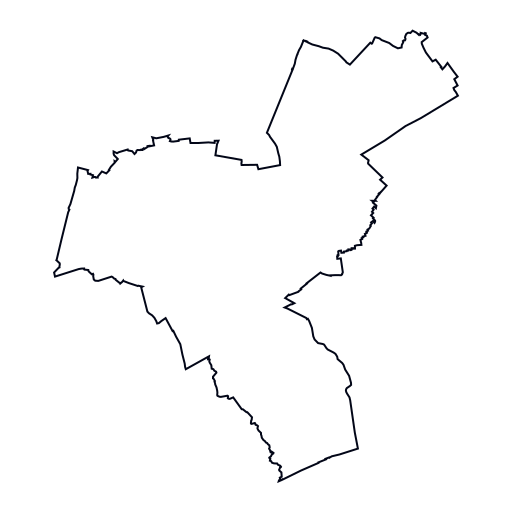 the district of Groningen, Groningen, Netherlands
{"feature_id": "6326949B19731519413910", "entity_name": "Groningen", "entity_type": "district", "adm_level": 2, "iso_a3": "NLD", "parent_name": "Netherlands", "parent_adm1": "Groningen", "projection": "albers", "projection_center": [6.605, 53.21], "detail": "fine", "context": "isolated", "style": "outline", "palette": "ink", "viewbox_px": 512, "rotation_deg": 0, "n_neighbors": 0, "source": "geoboundaries", "source_scale": "gbopen_adm2", "svg_char_len": 5990}
<svg xmlns="http://www.w3.org/2000/svg" viewBox="0 0 512 512"><path d="M120.2,283.6L122.1,282.0L123.2,280.6L123.3,280.9L128.9,283.1L137.8,286.0L138.3,285.7L142.5,286.6L141.2,287.4L147.4,311.6L149.0,313.3L152.1,315.3L154.4,317.8L156.3,321.2L157.1,323.5L158.9,323.1L161.4,321.0L165.6,318.1L172.6,331.1L173.3,330.8L176.1,336.7L180.3,344.2L182.4,354.5L184.7,363.6L185.1,366.9L185.8,369.2L209.0,356.3L208.8,357.7L208.1,358.7L208.0,359.3L209.4,359.3L209.7,359.5L209.3,361.4L209.7,362.6L211.3,365.2L211.7,368.7L213.4,369.2L214.3,370.7L216.1,371.7L216.3,372.3L216.4,372.7L215.7,373.5L213.0,376.7L213.0,378.2L213.3,378.2L214.9,381.1L214.5,381.6L215.1,383.4L215.2,384.4L216.5,387.4L217.2,390.7L217.4,392.6L217.2,395.1L217.5,395.8L219.4,396.7L220.8,396.9L227.5,395.7L228.1,396.2L227.8,398.2L228.5,398.7L229.7,398.9L233.2,397.4L241.7,409.2L242.9,409.3L246.5,412.2L247.3,412.2L252.0,417.3L251.7,419.3L251.7,419.8L251.2,420.5L251.1,421.3L250.9,423.1L251.0,423.6L251.6,423.9L254.8,423.0L255.3,423.5L255.4,424.4L255.6,424.8L257.1,425.3L258.0,426.1L257.5,427.9L257.5,428.6L258.5,430.5L261.0,432.9L261.0,434.6L261.5,435.8L261.8,437.7L263.4,440.0L264.9,441.1L265.9,442.5L267.2,443.1L267.8,444.1L269.3,445.3L269.7,447.3L269.1,448.7L269.9,449.9L270.6,452.3L271.1,452.4L271.6,451.6L273.5,452.9L273.3,453.5L271.9,454.4L270.9,456.4L269.3,457.6L269.5,458.3L270.3,458.8L269.9,460.7L271.2,461.2L271.9,462.6L272.2,462.8L274.1,463.4L277.2,463.5L277.9,464.7L280.2,465.7L281.0,466.8L280.8,467.2L280.0,467.4L279.8,468.3L279.1,469.8L279.3,470.5L281.4,472.4L281.7,476.7L279.8,477.7L280.2,479.5L279.8,480.2L279.0,480.3L278.7,481.3L282.0,479.9L282.4,479.2L283.0,479.4L301.1,470.5L318.5,462.9L318.4,462.4L325.9,459.4L325.5,458.8L329.2,457.4L329.4,457.7L331.8,456.3L339.4,454.5L357.9,448.6L354.8,432.5L350.2,400.4L349.5,397.4L347.0,393.5L346.2,391.9L345.9,390.5L346.1,389.3L346.8,388.1L349.9,386.0L351.1,384.9L351.0,382.8L349.1,375.8L345.2,369.6L343.5,364.8L342.2,363.0L337.6,359.1L337.2,356.7L335.5,353.9L333.7,352.6L327.7,349.5L326.4,348.1L324.1,344.6L322.8,344.0L318.1,343.1L314.6,339.5L313.3,336.4L311.9,327.9L309.2,321.1L307.9,318.8L306.9,319.2L306.3,318.0L287.6,308.6L284.7,307.5L291.0,304.3L291.8,304.4L294.3,303.2L285.2,298.1L288.8,294.6L289.4,295.1L298.4,291.8L298.6,291.3L301.2,289.4L300.7,288.6L306.9,283.6L306.6,283.3L320.5,272.5L322.0,273.5L326.4,274.9L329.2,275.5L329.1,275.4L335.8,275.1L341.1,275.2L342.1,274.4L342.1,273.7L342.7,272.8L342.8,272.2L340.8,258.4L337.3,258.8L337.1,256.4L337.8,256.2L337.7,255.1L338.5,255.0L338.2,251.4L338.9,250.9L341.0,250.6L341.4,252.8L343.9,252.6L343.9,251.6L346.7,251.2L346.8,250.5L348.2,250.5L348.3,249.4L350.5,249.5L350.5,250.1L350.9,250.1L351.6,249.8L351.6,248.2L353.2,248.2L353.2,248.7L355.0,248.6L354.9,245.8L357.1,245.2L361.4,244.9L361.2,243.0L360.4,239.9L362.1,239.1L361.7,238.1L363.2,237.4L362.8,236.6L365.5,235.8L364.9,233.9L366.4,233.2L366.3,232.9L366.9,232.6L366.4,231.5L368.0,230.7L367.5,229.6L369.2,228.6L370.8,226.0L370.3,225.2L371.9,223.4L371.1,222.4L372.8,221.1L374.5,222.9L375.1,221.7L375.1,220.6L373.0,218.4L373.6,217.8L371.0,215.3L373.2,213.0L372.0,211.8L373.6,209.7L372.5,208.6L374.1,206.6L375.9,208.2L376.4,205.6L373.0,202.7L373.6,202.0L372.1,200.8L375.7,200.8L375.2,200.3L375.1,199.7L377.2,196.9L377.0,196.7L379.3,194.1L378.7,193.7L379.2,193.1L379.6,193.4L380.6,192.2L380.7,192.3L386.6,185.6L380.1,179.7L382.5,177.5L368.2,163.7L368.0,163.0L368.6,160.5L368.6,160.2L361.3,154.6L384.8,140.5L405.6,126.0L420.7,118.2L457.9,95.7L455.8,92.0L454.3,90.1L453.5,88.0L457.6,85.5L454.3,79.2L457.6,76.7L453.9,71.9L447.5,63.0L444.9,66.6L442.4,69.3L440.8,67.2L441.3,66.8L435.7,59.7L432.5,61.4L425.9,52.5L423.4,47.5L421.8,43.7L421.7,42.1L427.6,37.5L426.9,35.7L425.2,34.9L425.8,33.3L425.0,33.0L424.6,33.9L420.8,32.9L420.9,33.5L420.2,34.8L419.2,34.3L418.9,34.9L416.5,32.7L412.6,30.7L410.4,33.0L408.9,32.7L407.7,32.9L406.2,34.1L405.3,36.2L405.0,37.5L405.5,38.9L405.2,40.0L404.9,40.4L403.7,40.4L402.9,41.1L403.2,41.6L403.2,42.3L401.8,45.0L401.6,47.5L397.9,48.3L393.0,45.9L389.2,43.0L381.7,40.1L379.5,38.4L375.3,37.2L374.7,37.7L372.1,43.5L371.6,43.7L370.3,42.7L349.9,64.6L346.3,62.3L346.0,61.6L338.1,53.7L333.2,50.6L328.6,48.6L322.9,47.7L318.8,46.2L312.3,44.5L307.6,42.3L306.9,41.8L307.1,41.5L306.0,41.0L305.8,41.4L303.6,40.3L303.4,40.8L303.1,40.9L303.1,41.5L300.9,46.9L299.0,50.2L297.5,53.9L297.4,54.1L297.5,54.2L296.9,55.4L295.5,59.8L294.8,63.7L293.1,68.3L292.3,68.5L292.0,69.5L292.6,69.7L292.2,70.6L266.9,132.8L269.1,135.0L270.0,136.8L275.0,143.6L276.8,146.8L278.3,153.3L279.3,156.7L279.9,161.2L280.1,165.1L258.4,169.2L257.1,164.8L241.6,165.0L241.4,163.5L241.7,161.3L241.5,159.9L215.4,155.3L217.0,144.3L218.5,140.7L214.7,140.8L214.6,142.9L208.4,142.4L198.3,143.0L190.5,143.0L189.7,138.4L178.8,139.7L178.7,140.9L173.2,141.6L171.2,141.5L169.9,141.1L170.5,139.7L170.3,138.9L169.4,138.2L168.5,138.1L167.5,136.6L168.4,135.5L163.6,136.9L156.3,138.3L152.3,137.3L153.3,139.9L153.0,140.4L154.1,145.4L149.6,146.3L149.6,145.8L147.5,146.1L147.5,147.0L144.3,149.0L143.8,148.3L142.3,149.4L142.4,150.0L141.6,150.0L141.0,149.6L140.1,150.1L137.5,150.0L136.6,150.6L136.0,152.5L134.5,154.0L132.2,151.2L128.2,150.5L127.9,150.3L127.7,149.5L118.8,152.2L117.0,153.2L113.6,151.5L113.6,153.7L114.1,155.2L117.8,159.0L115.3,161.9L114.6,161.3L114.7,162.7L110.9,166.7L108.9,169.9L109.3,170.3L106.3,173.4L101.9,171.5L97.4,177.0L97.6,177.5L95.9,177.6L95.3,177.0L94.6,176.9L92.4,177.6L93.0,175.2L90.4,174.5L90.4,173.8L88.2,173.9L87.5,171.0L88.0,170.1L78.0,167.5L77.3,173.7L77.4,178.0L77.0,180.2L75.8,184.9L74.8,187.5L74.2,190.9L70.4,204.1L68.6,207.9L68.7,208.9L69.4,209.6L68.2,212.2L61.6,238.9L56.6,260.0L56.4,260.2L59.7,263.3L59.8,264.5L59.4,266.8L59.5,267.4L58.6,267.8L54.1,272.5L55.0,276.6L78.6,269.1L81.3,268.6L84.1,268.5L84.1,269.3L84.4,269.6L88.3,270.0L88.5,271.1L89.0,271.7L91.8,274.3L93.0,273.8L93.4,274.7L93.2,276.1L93.8,279.5L95.2,280.7L98.3,280.9L111.6,276.6L112.6,277.1L114.2,278.6L115.5,279.0L115.7,279.8L119.3,282.7L119.8,282.8L120.2,283.6Z" fill="none" stroke="#020617" stroke-width="2"/></svg>